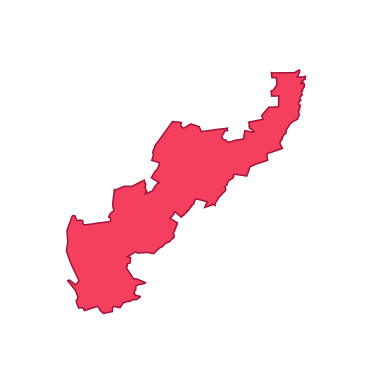 Kesses, Rift Valley, Kenya, rotated 66°
{"feature_id": "3690345B57454670869281", "entity_name": "Kesses", "entity_type": "district", "adm_level": 2, "iso_a3": "KEN", "parent_name": "Kenya", "parent_adm1": "Rift Valley", "projection": "natural_earth1", "projection_center": [35.384, 0.259], "detail": "fine", "context": "isolated", "style": "filled", "palette": "rose", "viewbox_px": 384, "rotation_deg": 66, "n_neighbors": 0, "source": "geoboundaries", "source_scale": "gbopen_adm2", "svg_char_len": 6044}
<svg xmlns="http://www.w3.org/2000/svg" viewBox="0 0 384 384"><g transform="rotate(66 192 192)"><path d="M132.5,41.3L132.2,41.8L132.5,42.6L129.8,49.2L126.3,45.0L124.5,44.1L124.1,44.9L124.7,50.0L116.1,69.6L115.2,70.9L120.1,72.5L121.8,68.5L128.1,70.5L129.3,72.0L132.2,76.4L131.8,78.7L136.8,80.2L138.0,77.5L139.5,73.6L149.4,78.4L145.8,87.4L150.5,97.4L154.5,97.5L151.3,111.6L151.4,112.1L152.7,111.8L153.8,112.2L155.1,113.2L155.7,112.8L156.3,113.0L156.6,113.4L157.3,113.4L157.8,113.2L158.6,112.2L159.1,111.9L162.0,111.0L162.5,111.1L159.5,115.8L157.4,118.7L160.5,120.9L164.6,123.4L163.0,128.8L162.1,132.5L161.7,137.8L161.3,138.0L160.8,138.5L159.8,140.1L158.9,140.1L158.4,139.8L157.6,141.0L156.8,141.8L156.2,142.0L155.2,142.6L154.7,142.3L154.2,142.5L153.7,142.3L152.9,141.5L152.6,140.9L151.4,139.7L151.2,138.9L150.0,138.0L149.7,137.5L149.9,136.0L150.2,135.3L150.3,134.7L150.0,134.2L149.5,134.3L149.0,134.7L148.4,134.2L148.1,133.8L144.6,145.0L142.5,152.7L140.5,158.9L135.3,158.9L132.3,162.1L129.3,165.4L130.1,171.5L130.2,174.1L128.2,174.9L126.8,175.1L125.8,174.8L125.3,174.5L124.9,173.7L124.3,173.5L122.6,175.8L122.3,176.5L122.0,177.5L121.5,178.1L121.2,178.8L119.7,180.9L120.2,182.1L126.7,193.0L127.2,194.2L128.2,195.6L129.8,198.4L135.0,207.6L135.5,207.6L137.4,209.1L138.0,210.3L138.4,210.5L139.8,211.8L140.4,211.9L141.3,211.9L143.8,213.1L144.6,213.8L144.8,214.3L145.9,215.1L146.6,216.0L148.0,214.5L151.1,210.8L151.9,210.1L153.2,210.7L154.0,211.1L157.0,214.4L157.3,214.9L158.2,217.5L159.0,218.5L160.0,220.1L161.5,222.1L162.0,223.0L162.3,223.4L170.1,218.3L170.3,220.4L170.6,221.2L172.8,225.2L174.9,227.6L174.9,231.5L174.6,235.2L172.7,232.8L171.6,233.2L168.6,232.8L168.0,232.7L166.4,231.3L165.0,230.9L164.5,231.4L161.8,230.7L161.8,233.2L162.4,244.7L159.1,251.9L159.1,258.2L159.0,261.4L158.2,261.9L168.0,267.7L169.8,269.0L170.8,269.1L172.2,270.0L174.3,270.4L174.8,270.6L175.8,270.6L176.7,270.8L177.6,271.6L177.7,273.3L178.5,275.0L178.6,275.6L179.9,277.2L181.2,278.3L181.6,277.5L182.3,277.1L183.0,277.3L183.4,277.6L183.8,277.7L184.3,277.5L185.7,278.9L183.1,287.4L181.8,291.5L180.7,295.9L178.5,302.9L177.7,304.2L176.8,304.3L176.3,304.6L173.9,303.5L172.8,304.4L172.6,305.0L172.5,305.5L171.8,306.5L171.6,308.2L171.3,308.7L170.6,308.9L169.7,308.6L168.6,309.0L166.8,308.5L166.3,308.6L165.7,309.0L165.1,310.9L166.2,312.2L176.4,322.0L177.9,322.4L187.4,326.0L194.7,330.7L203.4,331.5L205.8,331.6L210.8,331.7L227.0,331.3L229.5,335.8L226.7,337.5L222.7,339.6L222.6,340.4L222.4,341.0L222.6,341.7L225.6,340.8L234.5,338.5L241.2,338.9L242.4,339.6L243.4,340.5L243.9,341.9L247.6,342.6L251.9,342.7L253.3,338.7L256.6,338.6L258.1,324.6L263.2,323.9L267.0,322.3L268.8,313.4L265.1,311.5L265.0,310.3L265.0,309.6L268.1,305.3L268.3,304.8L268.1,304.1L265.4,300.1L265.5,298.9L265.7,298.0L265.7,295.5L265.8,294.9L266.7,293.7L266.8,293.0L266.4,292.0L266.2,291.0L266.7,289.6L266.8,288.6L267.7,286.8L267.7,286.2L267.3,285.4L267.3,283.8L267.0,282.3L266.7,282.0L266.3,281.9L265.9,282.1L265.6,282.4L265.3,283.4L264.4,284.1L263.9,285.2L263.2,285.5L262.5,285.5L262.0,285.8L261.5,286.2L260.9,286.3L260.3,285.9L260.2,285.4L259.4,285.3L258.7,283.3L255.4,281.6L255.1,281.1L254.8,279.0L255.7,276.0L256.0,273.9L256.2,273.2L256.0,271.4L254.6,272.5L249.3,277.5L247.1,280.8L234.5,282.8L233.2,281.0L231.3,280.8L231.6,277.4L226.8,274.7L224.9,277.4L223.7,267.8L225.7,266.5L228.6,258.7L228.8,257.9L232.7,252.1L231.7,249.1L231.0,247.7L230.5,246.4L229.9,243.8L229.9,241.9L229.8,241.2L229.2,240.2L228.3,237.4L228.1,236.1L228.3,235.5L228.3,234.7L228.1,232.3L227.8,231.6L227.5,231.1L226.8,229.2L226.4,228.7L226.6,227.9L225.8,226.6L225.4,226.6L224.9,226.3L223.7,225.8L222.0,225.9L221.3,225.0L220.9,224.0L220.2,223.5L219.7,223.6L219.1,222.4L218.7,221.9L218.2,221.4L217.0,220.7L216.9,220.1L216.5,219.7L216.0,219.6L215.7,218.9L215.0,218.6L214.3,217.9L207.0,222.8L206.9,222.0L206.6,221.5L206.6,221.1L205.9,219.7L205.2,218.9L205.1,218.1L204.8,217.6L204.1,217.0L203.9,216.5L203.0,215.9L203.6,215.3L210.7,212.0L210.0,210.9L209.9,210.3L210.0,209.7L210.0,209.0L209.6,208.6L209.1,208.3L209.1,207.8L208.5,205.3L207.6,203.7L207.2,203.9L207.1,202.7L206.8,201.8L206.1,200.7L205.5,200.5L205.1,199.6L204.9,199.0L205.3,198.6L205.1,198.1L204.5,198.0L204.0,197.7L203.9,196.1L203.7,195.5L202.5,194.3L201.9,194.1L201.3,193.1L200.4,192.4L199.8,191.4L201.6,188.9L207.1,182.1L211.2,186.7L212.0,179.2L211.4,178.3L213.7,176.4L212.3,175.9L210.9,174.1L210.5,173.7L209.9,172.7L209.6,171.8L208.3,170.6L208.1,170.0L207.8,169.5L207.4,168.2L206.8,167.1L206.4,165.9L205.7,165.1L205.7,164.3L205.2,163.5L205.1,162.7L204.8,162.1L204.7,161.5L203.7,160.5L202.3,159.7L201.0,159.8L199.8,158.3L199.9,157.8L199.7,157.2L199.4,156.8L198.6,156.1L197.8,155.6L196.6,153.3L196.4,152.6L196.3,150.9L196.0,150.5L196.1,149.3L195.9,148.8L195.0,148.1L194.7,147.4L193.7,147.4L193.1,146.3L193.3,145.5L199.7,135.5L192.5,128.6L192.7,123.8L192.5,122.8L193.8,110.0L187.5,108.1L188.5,97.8L188.9,91.6L188.3,91.6L187.3,92.1L186.9,91.8L186.2,91.7L184.9,92.0L183.6,91.9L182.5,91.6L182.4,91.0L182.0,90.9L181.9,90.4L181.0,90.0L180.6,88.5L180.3,87.9L178.9,87.8L179.0,87.3L178.7,86.7L178.2,86.5L177.7,85.6L177.2,85.1L177.0,84.3L176.7,83.8L177.0,83.3L176.3,82.3L175.8,82.1L175.6,81.5L174.1,80.9L173.1,79.9L172.9,79.5L172.0,78.2L171.5,77.0L170.9,76.7L170.5,76.3L169.2,73.4L169.2,72.8L168.8,71.3L168.7,69.8L168.5,69.1L168.6,67.4L168.5,66.3L168.2,65.7L167.1,65.0L166.7,64.6L165.4,62.6L165.0,62.5L164.5,62.6L163.3,62.4L162.8,62.0L161.3,61.8L160.9,61.4L160.5,60.3L160.2,59.9L159.6,60.0L158.6,59.3L157.8,58.3L157.5,57.9L156.7,57.8L156.5,58.5L156.1,58.8L155.0,58.9L154.4,58.7L153.8,57.8L153.4,57.6L152.8,56.5L152.5,55.5L152.1,55.1L150.8,55.5L149.4,55.2L149.1,54.7L148.7,53.0L148.3,52.1L147.9,51.6L147.1,51.9L146.6,51.9L145.5,51.5L145.0,51.0L144.5,49.7L144.0,49.7L143.6,50.0L143.2,49.7L142.9,48.5L142.4,47.7L141.2,46.4L140.6,46.7L140.4,46.2L139.8,45.7L139.3,45.5L137.6,45.8L137.1,46.2L137.2,46.9L137.6,47.5L137.7,48.1L137.3,48.4L136.4,47.5L136.0,47.4L135.5,45.4L135.2,44.9L135.0,43.1L134.7,42.5L133.1,42.0L132.7,41.8L132.5,41.3Z" fill="#f43f5e" stroke="#9f1239" stroke-width="1.5"/></g></svg>